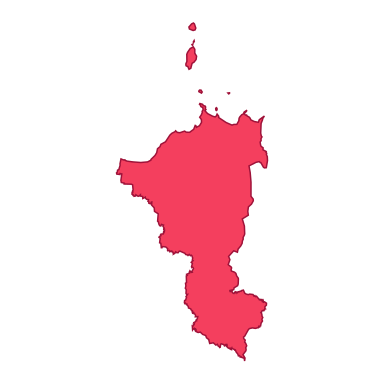 outline of Don Sak, Surat Thani, Thailand
{"feature_id": "78962969B55330970869967", "entity_name": "Don Sak", "entity_type": "district", "adm_level": 2, "iso_a3": "THA", "parent_name": "Thailand", "parent_adm1": "Surat Thani", "projection": "robinson", "projection_center": [99.674, 9.232], "detail": "fine", "context": "isolated", "style": "filled", "palette": "rose", "viewbox_px": 384, "rotation_deg": 0, "n_neighbors": 0, "source": "geoboundaries", "source_scale": "gbopen_adm2", "svg_char_len": 6090}
<svg xmlns="http://www.w3.org/2000/svg" viewBox="0 0 384 384"><path d="M264.4,116.0L259.3,119.7L258.3,122.3L254.2,121.5L250.9,119.9L250.0,118.0L248.8,116.8L247.3,116.2L246.6,115.0L245.5,115.1L244.9,114.6L244.4,113.1L246.2,111.6L246.7,110.8L246.5,110.5L244.2,112.0L243.3,114.0L241.8,114.7L239.9,116.8L239.1,118.2L238.8,120.8L236.8,124.4L233.9,124.4L232.0,125.1L226.1,122.5L219.5,118.1L218.7,117.5L218.7,116.2L217.1,114.1L216.3,116.0L215.1,116.9L212.6,116.2L207.6,113.6L205.0,110.8L205.8,109.7L205.4,109.6L205.6,106.9L205.2,106.1L203.4,105.6L202.6,104.3L199.9,103.5L199.5,104.3L200.1,104.7L200.9,106.6L202.8,107.6L203.1,109.9L202.1,111.3L202.3,112.5L201.2,115.1L199.7,117.2L201.4,119.6L201.5,122.4L199.5,125.7L196.5,127.3L195.8,125.6L195.2,125.4L193.7,129.3L189.6,132.3L186.3,132.2L184.6,131.1L179.9,132.7L177.3,132.4L175.6,130.8L175.0,131.7L171.8,133.3L169.9,135.1L165.5,141.8L160.9,144.3L160.0,146.7L157.5,148.7L156.7,152.7L155.0,155.5L151.0,159.4L150.9,160.2L147.6,161.9L140.7,162.5L132.8,161.9L127.0,161.1L125.2,160.4L125.0,159.9L123.3,159.9L121.0,158.9L120.0,163.8L120.1,165.3L118.8,169.6L117.6,170.1L117.2,172.3L116.5,172.9L116.8,174.1L119.9,174.5L120.0,173.5L121.8,173.9L120.9,180.4L121.3,182.5L124.1,183.1L124.1,184.0L131.4,184.2L132.6,184.8L133.1,190.0L132.6,190.8L132.9,192.0L132.1,192.2L132.0,194.2L132.9,194.4L133.0,195.4L133.7,195.4L134.0,196.3L135.6,196.0L135.9,194.8L138.1,196.3L139.1,196.0L140.4,194.8L140.4,196.1L142.7,196.5L142.8,198.5L145.3,197.2L145.3,198.0L146.6,199.3L148.5,199.6L148.0,201.4L148.7,201.6L148.9,203.3L150.7,203.8L151.3,202.1L151.8,202.0L151.6,205.0L154.2,207.8L154.5,211.4L158.2,213.8L157.6,221.2L158.2,221.6L159.1,224.7L159.9,225.8L160.8,226.0L161.5,224.4L163.5,225.1L162.9,226.1L164.2,228.2L163.7,228.7L163.7,229.6L164.6,230.0L164.3,231.8L164.0,232.4L163.6,232.0L163.3,233.9L161.0,234.1L160.5,234.9L160.9,235.7L159.3,236.6L159.0,237.4L160.2,238.1L159.6,242.8L160.8,243.3L161.3,247.7L162.0,247.7L162.3,246.6L165.7,246.9L167.7,248.7L167.5,250.2L167.8,250.8L169.4,250.5L169.9,251.8L171.2,251.0L172.0,251.2L172.0,251.9L173.0,252.2L173.2,253.3L173.7,253.3L173.5,254.1L174.9,253.3L175.7,251.8L176.8,252.7L178.2,252.7L179.1,251.3L179.9,251.1L184.9,253.3L185.7,254.5L187.5,254.9L188.0,255.5L189.2,254.4L190.4,255.7L191.3,255.2L191.8,255.6L192.7,258.0L192.3,260.3L193.0,260.7L191.2,262.3L192.4,263.5L191.5,266.8L191.8,267.4L192.1,267.0L193.0,267.4L193.5,268.6L191.9,271.3L192.3,272.2L191.2,272.4L189.9,270.8L189.3,272.1L189.5,273.1L186.6,274.3L187.3,275.4L186.3,275.9L186.5,282.6L185.5,283.2L185.9,286.0L185.3,288.2L186.2,289.6L186.0,293.5L186.7,294.5L187.5,294.4L186.0,296.6L186.5,297.3L185.6,300.1L184.6,300.5L184.4,302.7L184.8,303.6L185.5,303.2L186.2,304.3L186.9,304.1L187.1,305.2L188.3,306.4L188.5,308.0L190.7,308.8L191.1,309.9L192.4,310.8L192.1,311.5L192.6,313.2L193.2,313.0L192.9,312.1L193.7,312.4L193.9,313.7L194.8,314.0L195.6,315.4L195.3,316.8L197.8,316.6L197.2,319.1L196.3,319.7L196.6,320.7L195.9,320.8L195.3,321.8L193.8,322.6L194.4,323.8L194.1,324.5L193.4,324.3L193.5,325.2L192.8,326.3L192.3,326.0L192.6,329.9L193.3,328.9L194.2,329.2L194.0,328.5L194.4,328.3L194.7,329.2L195.5,328.8L196.0,329.6L196.1,330.3L195.3,330.8L195.9,331.5L198.1,332.5L200.3,332.1L202.7,334.4L205.7,335.5L206.5,337.8L208.7,339.5L209.7,343.5L213.3,342.8L215.9,345.1L217.4,344.3L218.2,346.1L219.2,346.5L219.6,347.5L220.2,347.3L220.7,344.2L221.2,343.8L223.8,344.6L224.4,345.8L225.9,344.4L226.9,344.4L227.1,345.5L225.6,345.4L228.3,348.1L229.1,348.1L229.5,348.7L230.4,348.3L230.8,349.4L231.4,349.6L231.3,349.0L231.9,347.9L232.1,348.5L234.4,349.5L234.8,350.2L235.4,350.0L236.1,352.0L237.8,354.1L238.4,355.9L239.6,355.6L240.2,357.1L241.1,356.7L241.4,357.3L244.2,358.3L244.6,361.0L245.0,358.0L243.0,354.6L245.9,350.8L246.1,349.2L245.7,347.8L246.7,345.8L245.6,343.1L244.7,342.2L245.2,340.1L243.7,338.6L243.6,336.9L244.7,336.2L248.4,329.6L249.4,328.6L252.4,327.9L255.4,328.4L258.2,327.6L258.6,326.8L258.8,327.3L259.2,326.8L259.7,326.9L259.9,326.0L260.6,325.9L261.1,323.1L262.5,321.0L261.9,319.3L262.8,317.4L262.1,316.5L261.8,314.0L260.9,312.4L261.6,312.1L261.8,311.1L262.8,310.5L263.6,310.7L263.6,310.2L264.5,310.0L264.7,309.1L265.3,308.9L264.9,308.6L265.0,306.5L266.4,305.2L266.5,303.2L264.5,301.8L263.6,302.2L263.1,300.3L262.3,301.4L261.8,300.3L260.4,300.0L261.2,299.5L259.1,299.3L256.5,296.2L255.6,296.6L254.9,295.6L254.1,296.2L253.0,294.5L249.7,294.1L248.3,294.6L246.2,294.1L244.7,293.1L243.4,290.1L241.7,290.5L241.0,291.3L240.2,291.1L239.5,291.7L238.1,291.7L237.5,292.7L236.2,292.0L236.0,292.9L235.1,291.9L233.9,293.5L233.1,293.2L231.8,291.6L230.1,291.5L229.9,290.5L231.6,290.1L232.1,291.0L232.8,289.8L233.7,289.7L234.1,287.8L237.6,285.7L238.2,284.0L238.4,279.3L238.3,278.2L236.7,276.0L235.9,273.4L234.6,272.2L231.4,271.0L231.1,269.8L231.6,267.9L231.3,267.1L228.2,264.7L229.9,259.7L228.6,256.4L233.7,250.8L237.4,252.2L238.1,249.1L240.7,246.0L242.1,243.4L242.4,241.0L243.2,239.2L243.1,237.5L244.5,234.7L244.7,233.7L244.4,226.1L242.3,218.9L248.3,215.2L247.8,211.3L248.4,206.9L251.5,204.1L253.3,200.8L253.2,199.1L251.0,196.3L251.0,182.3L250.2,172.7L249.0,165.9L256.1,162.3L259.3,161.6L260.2,162.6L260.8,162.6L263.5,167.3L264.5,167.9L266.3,167.7L267.5,160.6L267.3,156.6L266.4,154.5L266.7,153.3L265.9,152.1L266.2,151.5L263.0,149.8L263.1,147.8L261.2,146.4L260.7,145.5L260.1,142.1L261.1,140.7L261.0,138.7L262.0,136.9L261.3,136.0L260.7,133.2L261.1,123.5L262.6,119.6L262.5,118.9L264.4,116.0ZM189.0,69.3L190.8,68.3L192.1,63.3L194.0,62.2L196.1,59.5L196.6,56.2L194.8,53.2L194.8,49.3L193.3,46.9L190.2,48.5L187.6,52.3L186.8,54.3L186.9,61.4L185.9,63.8L185.9,65.1L186.2,65.9L187.8,66.5L189.0,69.3ZM193.1,30.5L195.1,29.9L195.8,28.1L194.4,23.9L193.4,23.0L191.6,23.9L188.9,27.0L189.4,29.0L193.1,30.5ZM201.0,90.1L199.5,90.1L198.8,91.1L198.9,91.7L201.5,93.1L202.2,92.0L201.0,90.1ZM216.3,110.5L216.9,110.1L217.1,109.3L217.0,108.3L216.3,107.7L215.7,108.4L215.8,109.9L216.3,110.5ZM228.7,93.9L229.5,93.4L229.5,92.8L227.9,93.0L228.7,93.9ZM193.5,42.6L194.3,41.4L194.1,40.6L193.3,42.0L193.5,42.6ZM192.6,45.3L192.8,44.6L192.4,44.2L191.9,44.7L192.6,45.3Z" fill="#f43f5e" stroke="#9f1239" stroke-width="1.5"/></svg>